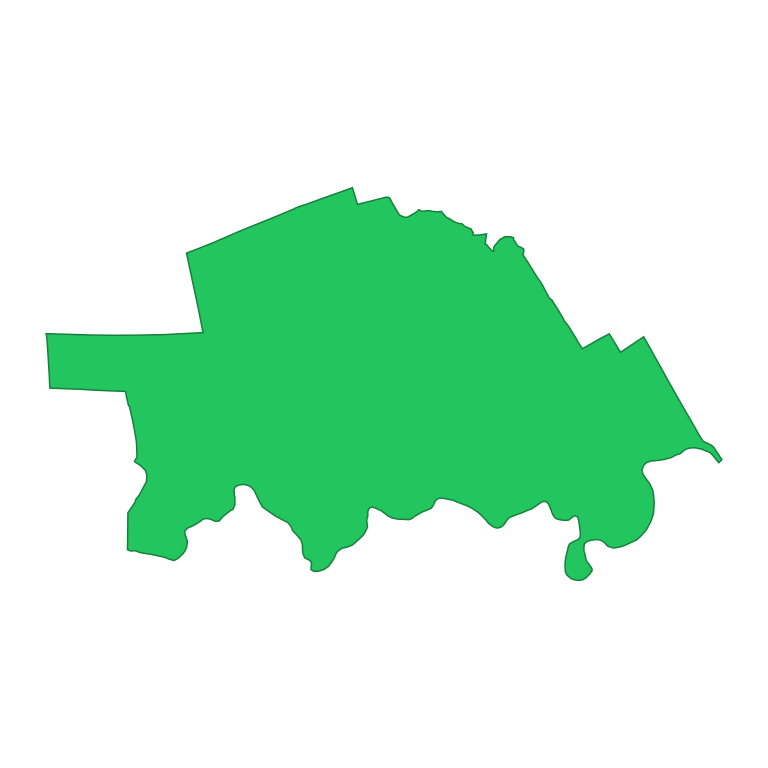 Poienarii Burchii, Prahova, Romania (Mercator projection)
{"feature_id": "2599482B75025162272167", "entity_name": "Poienarii Burchii", "entity_type": "district", "adm_level": 2, "iso_a3": "ROU", "parent_name": "Romania", "parent_adm1": "Prahova", "projection": "mercator", "projection_center": [26.024, 44.76], "detail": "fine", "context": "isolated", "style": "filled", "palette": "green", "viewbox_px": 768, "rotation_deg": 0, "n_neighbors": 0, "source": "geoboundaries", "source_scale": "gbopen_adm2", "svg_char_len": 6088}
<svg xmlns="http://www.w3.org/2000/svg" viewBox="0 0 768 768"><path d="M458.1,223.0L457.2,223.0L455.2,222.1L454.4,221.9L452.7,220.9L450.6,219.5L448.9,218.4L448.2,218.1L447.1,217.7L446.5,217.4L444.4,215.1L443.7,214.3L442.5,212.9L442.0,212.3L441.6,211.6L441.4,211.5L441.1,211.4L440.5,211.4L437.2,211.9L435.7,211.8L435.0,211.5L434.4,211.4L433.3,211.5L432.7,211.5L431.2,211.0L430.7,210.9L429.3,210.7L426.3,210.7L424.9,211.1L424.2,211.2L422.6,211.2L420.9,210.9L420.7,210.8L419.8,210.1L419.2,209.8L418.7,209.8L418.3,210.1L417.1,211.5L415.5,212.6L414.3,213.3L411.5,214.9L408.3,216.7L407.1,217.2L406.4,217.3L405.6,217.3L404.7,217.2L401.1,215.8L400.3,215.4L399.8,215.2L399.5,214.9L398.3,213.3L397.7,212.3L397.1,211.2L392.9,204.0L392.4,203.1L392.0,202.7L391.6,201.8L390.9,200.2L390.4,199.1L389.9,198.3L389.1,197.6L388.8,197.3L388.4,197.3L386.8,197.3L386.5,197.3L386.5,197.2L385.7,197.3L357.5,204.4L352.4,187.7L329.5,195.9L325.8,197.2L306.5,204.2L301.7,205.7L295.1,208.2L294.5,208.7L282.8,213.6L277.8,215.7L258.8,223.4L241.5,230.4L213.1,242.7L198.3,248.6L186.5,253.1L198.5,309.5L203.0,332.6L164.8,334.6L135.2,335.2L127.4,335.2L114.6,335.3L90.4,335.0L46.1,333.7L47.0,339.4L47.9,352.8L49.3,376.4L49.8,388.1L82.8,389.4L93.3,390.1L111.2,390.9L123.5,391.3L125.6,391.5L126.5,397.0L128.5,405.5L129.5,406.7L132.9,421.8L134.5,430.3L136.2,440.4L136.6,444.9L136.7,448.9L137.0,456.9L136.4,458.1L135.1,460.0L134.5,461.5L141.2,466.1L145.3,470.2L146.8,474.8L146.5,481.5L139.3,495.0L135.7,499.6L135.3,501.8L127.9,512.8L127.5,549.7L130.6,551.0L135.0,550.7L140.5,552.7L150.0,554.2L162.2,556.7L165.6,557.7L169.3,559.2L174.0,560.5L177.4,558.8L179.9,556.7L182.8,553.9L184.7,551.3L186.6,547.6L187.4,541.7L186.3,537.7L185.0,534.3L184.6,531.5L187.4,528.2L190.8,526.8L195.8,524.2L198.5,522.5L201.0,520.9L203.1,519.1L206.5,518.5L210.5,519.2L215.2,521.3L219.2,521.0L222.8,516.7L229.9,511.0L233.1,509.2L234.9,504.8L234.9,500.4L234.8,497.1L234.3,494.6L234.2,492.5L233.9,490.2L235.0,487.2L238.2,485.2L241.3,484.6L244.5,484.5L248.5,485.5L251.6,487.5L254.4,490.8L256.0,494.4L259.0,500.6L262.4,506.9L269.1,511.7L275.5,516.1L281.4,519.3L283.6,520.4L287.9,522.6L290.4,525.6L292.8,530.8L296.3,534.5L300.9,539.8L302.4,544.5L302.5,549.9L303.1,554.1L304.7,557.8L310.4,560.8L311.6,563.7L311.1,566.8L311.1,569.7L313.6,571.2L318.1,571.3L323.9,569.5L328.6,566.3L331.8,562.0L334.4,557.8L335.6,554.4L337.7,551.2L342.3,548.2L347.7,546.9L352.1,545.2L355.3,542.6L361.8,536.6L363.4,534.9L365.1,532.1L367.5,527.1L367.2,523.7L366.7,521.6L367.0,518.7L367.8,516.3L367.8,511.5L369.3,508.0L371.6,507.0L374.4,507.7L381.2,510.7L388.2,516.1L392.5,518.1L398.3,519.2L404.6,519.4L408.8,519.7L411.7,518.6L414.9,516.2L418.5,514.1L421.7,512.2L425.7,510.6L431.4,508.1L433.4,505.1L435.5,500.8L437.0,499.3L439.5,498.2L441.6,498.0L453.3,500.3L456.1,501.6L459.2,502.8L465.1,505.0L468.9,506.6L472.5,508.6L477.5,511.9L480.8,514.8L485.6,519.7L488.8,523.6L491.7,525.8L494.6,527.5L497.7,528.1L501.5,526.8L504.4,524.1L506.5,520.6L509.4,517.5L517.3,514.4L522.5,512.6L529.3,509.6L531.4,509.1L538.8,504.0L541.3,502.2L544.0,501.3L546.6,501.8L548.7,504.4L550.3,508.1L553.0,515.0L554.5,517.2L556.3,518.7L559.9,519.8L564.7,520.4L568.7,520.1L572.4,517.0L575.1,515.7L577.7,516.9L578.7,520.7L579.3,524.7L580.1,530.8L580.4,532.8L580.2,536.6L578.6,539.2L573.1,541.8L569.8,543.7L569.2,544.7L568.4,546.4L566.3,555.1L565.3,560.4L565.0,564.7L565.3,571.5L566.7,574.7L568.5,576.5L571.4,578.8L574.9,579.9L578.4,580.3L582.1,580.0L585.3,578.4L589.7,574.1L592.1,570.7L591.9,568.4L589.6,565.0L586.3,560.7L585.7,558.2L585.4,556.0L584.9,553.9L584.0,551.5L583.8,548.7L584.3,544.1L586.6,541.7L589.5,540.6L595.6,539.6L599.6,539.9L603.0,541.4L605.1,543.3L607.8,546.2L613.7,548.1L620.5,546.8L625.2,545.2L636.5,540.0L639.8,537.1L644.4,532.2L646.7,529.3L650.7,521.8L653.5,513.8L654.2,502.4L653.9,498.5L653.2,492.2L652.5,489.6L649.7,483.7L645.5,478.0L643.0,474.2L641.9,470.2L643.4,465.8L645.7,463.2L649.9,461.2L656.7,460.5L664.3,459.5L671.3,457.5L675.9,455.0L680.3,453.6L682.6,451.7L683.9,450.4L687.1,448.7L690.9,447.9L695.3,447.8L701.7,449.2L710.3,452.7L712.9,455.5L718.8,462.7L721.4,460.1L721.9,459.4L720.3,457.5L718.4,454.2L717.4,453.0L716.4,451.5L715.7,450.4L714.8,448.8L714.0,447.7L713.3,446.9L712.2,445.9L711.0,445.1L709.1,444.1L704.1,441.8L703.2,441.1L702.3,440.3L702.0,439.5L699.5,435.6L691.7,421.9L689.4,417.7L687.8,415.2L678.6,399.2L672.4,388.2L666.8,378.3L660.6,367.0L655.2,357.4L650.2,348.3L643.7,336.8L620.5,352.3L613.5,340.7L609.3,333.8L598.7,339.4L589.5,344.7L582.5,348.7L581.0,346.6L577.8,341.7L576.9,340.0L576.4,338.9L569.3,327.4L569.0,326.9L567.1,324.3L565.3,322.2L564.1,320.6L563.6,319.7L563.5,319.4L563.2,318.5L556.8,307.7L553.7,303.1L553.0,302.0L552.6,301.5L552.5,301.0L552.3,300.6L551.7,299.7L550.7,299.3L550.3,298.9L549.5,298.3L548.7,296.9L548.2,295.9L546.8,293.4L545.4,290.7L544.4,289.0L543.6,287.2L542.7,285.6L542.0,284.4L541.4,283.3L539.5,280.4L538.1,278.7L537.4,277.6L532.3,269.4L527.7,262.0L523.7,255.9L523.3,255.1L523.1,254.5L523.3,253.4L523.6,252.0L523.8,251.0L523.7,249.1L523.4,248.7L523.0,248.3L522.2,248.2L521.9,248.1L521.1,247.4L520.3,247.0L519.6,246.7L518.6,246.4L517.8,246.2L515.5,242.4L513.7,239.7L513.4,239.0L513.4,238.6L513.6,237.8L512.3,237.3L511.3,237.0L510.0,236.8L507.3,236.6L506.1,236.7L505.3,236.7L504.6,236.8L504.1,237.0L503.4,237.4L502.9,238.0L502.1,238.5L501.6,238.6L501.0,238.8L500.3,239.2L499.2,240.3L497.4,242.6L494.9,245.4L494.3,246.3L493.9,247.1L493.7,248.0L493.6,248.8L493.6,249.4L494.0,251.2L493.6,251.4L492.9,251.5L492.6,251.3L491.8,250.5L490.9,249.6L488.3,246.8L486.8,244.9L485.9,244.2L485.2,243.9L485.2,243.5L485.4,242.3L485.6,240.2L486.0,237.3L486.2,236.8L486.2,236.0L486.3,234.5L486.5,233.9L484.2,234.3L479.9,234.9L478.7,235.0L474.7,235.1L473.5,235.2L473.0,235.0L472.7,234.9L472.5,234.5L472.5,234.2L472.6,233.9L473.1,233.2L473.3,232.8L473.3,232.6L473.2,232.4L472.9,232.0L472.5,231.7L472.0,230.9L471.6,229.9L471.5,229.4L471.1,229.0L470.9,228.8L470.4,228.7L469.7,228.5L468.7,228.0L467.2,227.3L465.6,227.0L465.1,226.7L463.3,224.9L461.9,223.7L461.3,223.6L459.7,223.6L458.7,223.5L458.1,223.0Z" fill="#22c55e" stroke="#15803d" stroke-width="1.5"/></svg>